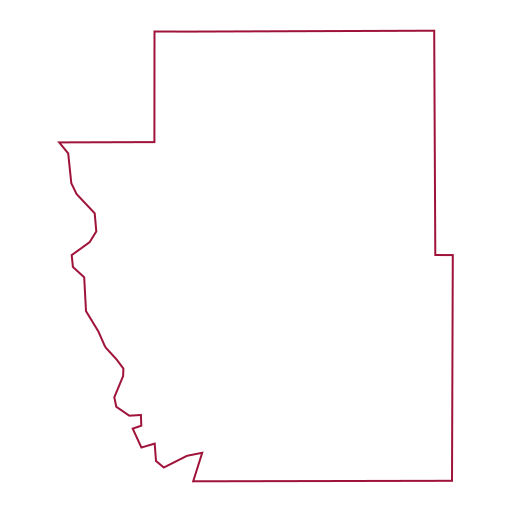 outline of Burleigh, North Dakota, United States of America
{"feature_id": "52423323B75133574344854", "entity_name": "Burleigh", "entity_type": "district", "adm_level": 2, "iso_a3": "USA", "parent_name": "United States of America", "parent_adm1": "North Dakota", "projection": "orthographic", "projection_center": [-100.714, 46.981], "detail": "fine", "context": "isolated", "style": "outline", "palette": "rose", "viewbox_px": 512, "rotation_deg": 0, "n_neighbors": 0, "source": "geoboundaries", "source_scale": "gbopen_adm2", "svg_char_len": 579}
<svg xmlns="http://www.w3.org/2000/svg" viewBox="0 0 512 512"><path d="M434.2,30.7L187.9,31.6L154.5,31.5L154.4,142.1L59.2,142.4L68.2,153.4L71.3,183.2L76.6,194.1L94.7,213.3L96.3,231.4L89.6,242.2L71.7,255.1L72.9,267.0L84.2,277.3L86.0,311.1L98.4,331.5L104.6,345.6L105.8,347.7L116.7,359.6L123.4,368.6L123.1,376.1L114.3,397.3L116.3,406.8L129.3,415.7L140.9,415.0L141.3,425.7L132.7,428.6L141.4,447.5L154.7,443.6L156.0,461.0L163.8,467.5L187.0,455.8L202.2,452.8L193.2,481.3L452.0,480.8L452.6,311.6L452.8,255.1L435.3,255.0L434.2,30.7Z" fill="none" stroke="#9f1239" stroke-width="2"/></svg>